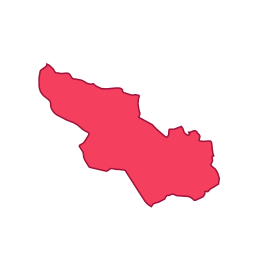 an SVG outline of Hedmark, rotated 140°
{"feature_id": "NOR-919", "entity_name": "Hedmark", "entity_type": "County", "adm_level": 1, "iso_a3": "NOR", "parent_name": "Norway", "parent_adm1": "", "projection": "orthographic", "projection_center": [11.196, 61.296], "detail": "fine", "context": "isolated", "style": "filled", "palette": "rose", "viewbox_px": 256, "rotation_deg": 140, "n_neighbors": 0, "source": "natural_earth", "source_scale": "10m", "svg_char_len": 2842}
<svg xmlns="http://www.w3.org/2000/svg" viewBox="0 0 256 256"><g transform="rotate(140 128 128)"><path d="M160.7,52.8L160.9,53.4L161.9,57.0L162.0,58.0L162.1,60.7L159.8,79.0L157.4,97.2L157.9,98.2L161.9,102.4L163.5,103.7L166.3,107.3L167.2,107.9L168.5,108.2L170.9,108.3L172.0,108.7L173.0,109.7L182.3,122.1L182.7,122.7L182.8,123.6L181.8,130.4L181.3,132.4L180.7,134.0L178.2,137.9L178.0,138.5L177.8,139.5L177.2,144.4L177.2,144.7L176.9,145.5L176.2,145.9L172.3,145.2L170.3,145.4L162.3,148.0L161.4,149.0L161.5,150.4L162.9,153.7L163.6,156.1L164.4,161.3L165.0,163.8L166.0,166.6L169.8,173.5L174.0,183.6L174.5,185.6L174.7,187.8L174.5,190.4L174.1,192.2L173.6,193.5L172.9,194.7L171.1,197.2L170.6,198.2L170.5,199.3L170.8,201.8L171.8,206.4L172.0,208.9L171.6,212.1L170.6,214.7L169.4,216.9L163.9,223.6L158.7,228.0L157.2,228.3L151.5,227.8L149.6,228.5L149.1,229.1L148.7,228.4L148.4,227.8L148.1,226.9L147.8,225.6L147.4,221.0L147.4,220.7L147.5,220.4L147.7,219.8L147.8,219.3L147.9,217.5L147.8,216.7L147.7,216.4L146.9,215.8L144.0,212.5L139.9,209.6L138.9,208.6L138.5,208.0L138.3,207.4L138.2,205.9L138.7,202.9L138.6,201.7L138.4,200.9L135.9,198.3L133.0,194.6L131.6,191.6L131.2,190.1L130.3,187.9L128.6,185.8L128.0,185.2L126.3,184.3L126.1,184.0L125.9,183.5L125.9,182.2L125.6,181.1L125.3,180.1L124.7,178.9L124.4,177.9L123.5,176.4L123.0,175.0L122.4,174.8L122.3,174.6L119.5,171.9L111.0,166.0L110.5,165.2L110.1,165.1L109.7,164.9L108.3,163.3L108.0,162.6L107.8,161.8L107.7,161.1L107.9,160.5L108.6,159.4L108.7,158.7L108.4,157.6L104.0,150.8L103.2,150.1L101.1,148.9L99.1,146.6L98.8,145.9L98.8,145.2L99.7,144.6L100.1,144.4L100.5,144.3L104.2,140.8L105.5,139.1L108.7,133.5L108.9,133.0L109.1,132.1L110.3,130.8L112.9,129.2L107.3,115.0L107.0,109.5L105.3,98.7L104.7,96.7L104.4,96.2L104.0,95.9L103.4,95.9L101.7,96.5L100.8,97.0L100.2,97.8L97.6,100.3L97.3,100.4L96.3,99.8L94.8,98.6L94.2,97.9L93.6,97.5L86.1,94.9L86.4,92.1L87.9,88.3L87.2,84.3L85.9,83.5L84.5,83.8L84.3,84.0L84.5,84.4L84.6,84.6L84.6,84.9L84.3,85.8L82.8,84.7L79.6,83.7L78.0,82.3L77.9,81.7L77.8,80.8L78.0,79.5L78.0,78.8L77.8,77.2L77.9,76.6L78.0,76.0L78.4,75.3L78.9,74.7L81.3,73.3L81.5,72.7L81.3,72.0L80.8,71.2L78.7,69.2L74.3,66.0L73.3,65.0L73.2,63.7L73.7,62.5L77.6,56.8L79.1,54.3L79.4,53.7L79.9,52.7L80.0,52.1L80.1,51.7L80.4,51.5L81.7,52.0L82.2,51.8L82.7,51.2L83.4,49.9L84.0,49.0L84.5,48.4L87.4,47.0L87.9,46.8L88.5,45.8L88.0,42.8L87.6,40.9L87.7,38.6L88.4,35.5L90.5,30.6L94.8,26.9L104.6,28.4L107.5,27.9L108.5,28.5L108.8,29.0L108.9,29.3L109.1,29.6L109.3,29.8L109.8,29.8L110.1,29.7L111.8,27.9L114.8,27.1L122.3,29.1L123.8,30.1L123.9,31.1L124.0,32.0L124.3,33.5L124.7,34.8L125.3,35.9L126.0,37.0L134.0,44.7L134.5,45.5L135.3,47.2L136.1,48.6L137.2,49.3L139.4,49.8L140.3,50.3L140.9,50.8L141.5,51.1L142.0,51.3L144.5,50.5L145.5,50.0L151.8,51.4L157.1,53.7L160.7,52.8L160.7,52.8Z" fill="#f43f5e" stroke="#9f1239" stroke-width="1.5"/></g></svg>